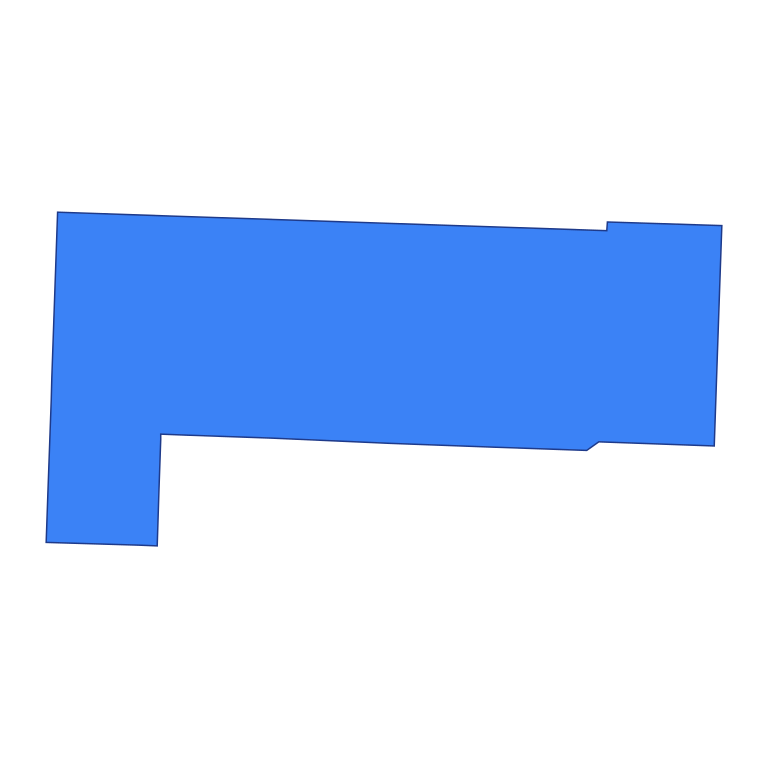 Forrest, Mississippi, United States of America (orthographic projection), rotated 272°
{"feature_id": "52423323B32098183633338", "entity_name": "Forrest", "entity_type": "district", "adm_level": 2, "iso_a3": "USA", "parent_name": "United States of America", "parent_adm1": "Mississippi", "projection": "orthographic", "projection_center": [-89.313, 31.172], "detail": "fine", "context": "isolated", "style": "filled", "palette": "blue", "viewbox_px": 768, "rotation_deg": 272, "n_neighbors": 0, "source": "geoboundaries", "source_scale": "gbopen_adm2", "svg_char_len": 464}
<svg xmlns="http://www.w3.org/2000/svg" viewBox="0 0 768 768"><g transform="rotate(272 384 384)"><path d="M213.9,51.9L214.4,144.3L214.3,163.0L270.7,162.8L320.9,162.8L326.1,162.6L326.0,190.2L326.0,273.6L324.9,391.3L324.7,497.5L324.7,588.9L333.7,600.7L333.6,716.2L488.1,716.1L518.1,716.1L554.1,716.1L553.7,601.6L545.0,601.3L544.4,164.7L544.3,51.8L378.9,51.8L356.5,52.0L270.6,51.9L265.5,51.9L213.9,51.9Z" fill="#3b82f6" stroke="#1e3a8a" stroke-width="1.5"/></g></svg>